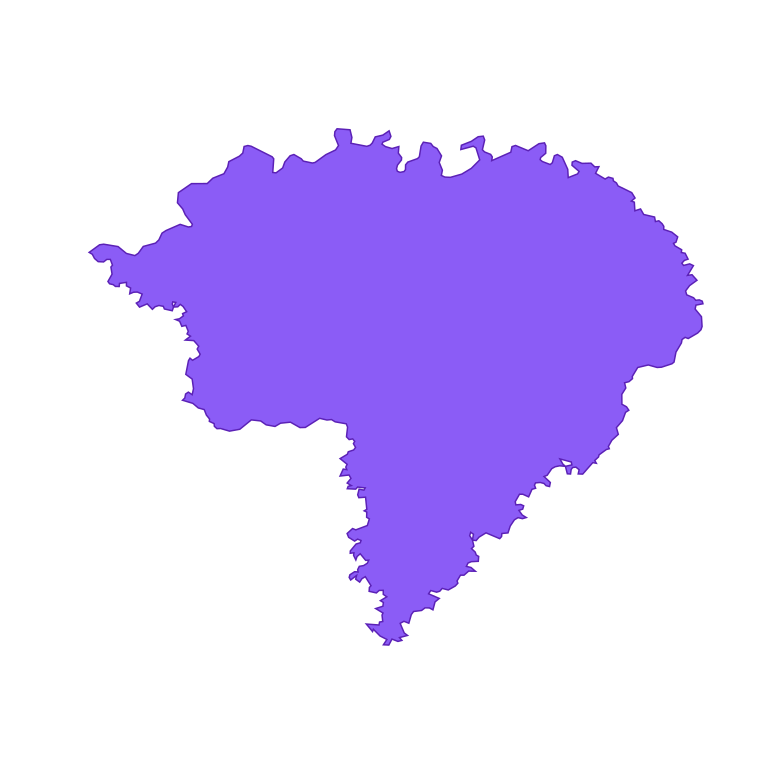 Ortigueira, Paraná, Brazil (Equal Earth projection), rotated 277°
{"feature_id": "56859067B19846476381832", "entity_name": "Ortigueira", "entity_type": "district", "adm_level": 2, "iso_a3": "BRA", "parent_name": "Brazil", "parent_adm1": "Paraná", "projection": "equal_earth", "projection_center": [-50.979, -24.105], "detail": "fine", "context": "isolated", "style": "filled", "palette": "violet", "viewbox_px": 768, "rotation_deg": 277, "n_neighbors": 0, "source": "geoboundaries", "source_scale": "gbopen_adm2", "svg_char_len": 6162}
<svg xmlns="http://www.w3.org/2000/svg" viewBox="0 0 768 768"><g transform="rotate(277 384 384)"><path d="M624.5,304.6L615.1,309.8L610.4,307.4L604.6,298.4L595.5,288.6L594.6,286.0L595.4,276.7L597.5,274.4L600.8,266.6L599.1,263.0L592.3,258.5L586.1,257.1L580.4,251.1L580.4,247.8L594.1,247.1L595.9,245.3L603.8,223.2L604.1,219.8L602.7,216.2L596.0,215.7L592.5,212.7L585.8,202.9L580.3,202.4L573.2,199.5L567.4,189.0L561.4,184.1L559.4,168.5L548.9,156.6L538.7,156.9L533.2,162.9L527.8,166.1L519.2,174.3L516.9,173.8L516.0,170.7L517.6,162.2L509.8,149.0L506.7,145.3L499.6,143.0L496.0,140.1L491.2,128.3L483.8,124.2L481.1,121.1L482.2,112.4L488.0,103.3L488.6,88.7L487.5,84.7L478.7,75.3L477.2,78.7L473.3,81.4L470.6,85.4L471.0,90.8L473.9,93.7L474.3,97.2L468.9,100.0L466.8,98.7L459.9,100.7L452.1,97.5L450.0,99.4L449.6,103.2L448.1,105.5L448.5,109.3L451.6,109.2L453.5,116.0L450.0,116.4L448.4,120.8L442.5,120.6L444.6,124.3L445.2,128.0L443.8,133.0L436.3,131.2L434.1,128.3L430.5,132.0L434.7,139.2L429.9,145.0L432.8,147.4L434.5,151.0L434.2,155.5L431.7,156.9L430.9,164.9L434.7,165.7L435.5,169.9L438.2,172.1L436.5,175.1L431.7,179.3L429.3,175.5L427.2,176.6L423.8,173.0L422.6,169.3L421.4,173.5L416.6,176.3L418.0,180.2L412.5,183.3L409.7,182.4L407.9,186.1L403.4,181.5L403.9,189.9L398.9,195.5L395.9,194.3L391.2,197.9L388.7,196.9L384.2,191.1L386.0,188.3L383.4,187.1L369.4,186.1L365.5,193.0L356.1,195.5L350.0,194.9L352.1,190.8L349.9,188.3L345.8,188.0L343.3,186.0L341.5,196.6L337.6,202.6L336.7,208.7L331.5,211.5L328.0,215.1L325.6,215.2L324.0,220.2L321.3,220.8L319.3,223.7L319.9,227.2L318.4,236.4L321.5,246.4L332.2,256.7L332.3,266.1L329.1,272.0L328.6,281.0L332.5,286.1L334.7,295.8L330.5,305.9L331.3,311.2L342.1,324.3L341.3,331.8L342.3,336.2L340.5,340.1L339.9,351.4L336.8,353.1L327.0,353.2L324.6,356.2L325.7,359.6L323.5,361.9L321.1,360.9L317.6,363.5L314.8,361.9L312.4,356.8L309.8,356.2L304.6,349.5L299.8,357.2L296.9,356.2L294.5,357.5L294.6,353.9L287.3,351.6L289.4,360.4L286.3,362.7L281.2,359.5L279.2,363.9L278.1,360.9L275.6,360.3L276.2,368.7L278.5,370.4L278.6,378.0L276.2,377.0L276.6,372.1L270.8,371.4L268.1,372.9L269.4,379.5L257.5,382.2L255.7,379.8L254.8,382.5L249.6,383.0L248.3,385.9L241.5,384.7L235.8,373.8L236.7,370.4L231.1,365.6L227.5,367.6L224.5,374.0L226.8,376.7L225.9,380.3L223.5,379.8L221.8,375.8L214.2,370.9L211.9,371.1L212.8,374.7L210.2,374.7L205.9,377.5L209.5,378.3L212.6,381.1L206.7,387.3L207.3,390.3L204.1,389.3L201.3,385.9L200.0,381.7L196.6,380.5L194.3,381.2L194.1,377.7L190.5,373.4L187.8,373.0L185.4,374.8L190.6,380.1L186.8,379.7L184.4,384.0L188.0,385.8L190.5,388.9L182.2,395.7L180.3,394.3L176.4,394.5L175.7,401.9L178.5,404.3L179.1,408.4L175.1,408.9L173.1,412.7L168.5,406.8L167.1,410.0L163.3,410.0L160.1,403.1L156.6,410.9L154.4,410.2L148.1,411.7L147.2,408.6L144.2,408.4L143.6,395.7L136.9,402.8L139.3,403.3L133.4,410.8L130.8,418.0L125.1,415.2L125.5,420.6L131.8,423.0L130.2,429.2L131.7,433.0L134.2,430.3L137.3,438.0L139.4,434.4L148.4,429.2L150.9,432.7L149.6,437.8L158.5,439.2L161.8,441.1L163.8,448.9L166.8,452.0L167.3,456.3L165.8,460.1L173.9,461.2L177.9,465.0L181.2,453.8L184.7,455.6L183.8,461.6L185.1,464.6L188.2,466.7L187.4,472.9L192.2,479.4L195.3,481.6L197.4,480.5L203.6,483.2L204.0,486.7L208.6,490.8L209.3,497.5L212.5,492.7L213.0,488.0L216.5,489.2L218.3,492.3L219.5,499.2L224.4,499.0L225.5,496.4L228.3,495.0L231.3,490.9L233.9,493.0L239.9,490.8L239.8,494.5L243.6,497.0L248.7,503.4L244.6,517.7L246.9,519.3L250.0,519.2L251.3,525.2L258.4,526.6L265.1,530.0L267.7,533.3L267.2,537.8L268.8,541.5L270.8,537.2L275.0,533.3L276.7,536.9L280.1,537.5L281.1,534.4L280.1,529.6L283.2,528.6L291.1,531.9L291.5,535.2L289.6,541.3L297.5,543.7L299.0,547.2L301.9,545.7L304.3,546.4L305.3,551.0L304.8,554.9L302.8,557.3L302.4,560.8L306.5,561.1L311.7,554.1L313.3,557.1L320.4,560.8L322.7,563.9L324.2,568.3L324.4,574.1L317.2,576.9L317.4,580.1L322.0,580.2L324.1,581.4L324.9,584.6L322.7,588.1L318.4,587.7L318.8,592.2L331.4,600.8L331.2,604.4L333.8,602.5L337.7,605.8L339.9,606.1L346.1,612.7L347.2,615.5L349.4,614.3L355.9,617.0L362.6,622.7L369.0,620.0L376.7,625.2L385.3,627.2L387.8,630.2L390.9,627.5L392.9,622.6L402.7,621.3L409.5,624.5L414.5,622.6L416.2,626.9L419.6,630.0L421.7,629.5L431.3,633.8L435.1,644.0L433.7,653.1L434.5,657.4L439.2,667.4L441.1,669.2L451.2,669.9L461.0,674.2L464.5,674.4L467.0,677.2L466.2,680.4L472.8,689.1L476.5,692.0L479.8,692.7L489.5,690.9L496.3,683.7L500.3,684.0L502.5,690.8L505.0,689.8L505.9,686.7L505.1,683.2L507.3,680.8L509.4,673.6L513.1,672.0L518.9,675.3L525.1,682.0L530.0,676.4L528.8,672.0L539.2,676.7L540.5,672.8L538.2,666.9L540.2,664.9L543.3,667.1L545.0,670.6L550.5,666.9L550.7,663.1L553.5,663.1L556.6,655.9L558.9,654.2L560.3,656.5L565.8,657.6L569.8,651.1L571.5,642.8L574.6,642.5L577.0,640.5L579.5,636.9L578.3,633.6L582.7,632.2L583.9,621.1L589.0,617.3L586.5,611.9L595.0,610.3L595.7,607.2L599.2,610.5L604.1,606.6L609.1,592.2L611.9,590.2L613.6,586.9L616.0,586.2L616.7,581.5L614.4,578.5L618.9,568.3L625.9,570.8L625.2,566.7L628.4,562.5L627.1,553.6L629.0,546.9L627.2,543.8L624.0,543.9L618.8,551.7L616.1,550.5L611.3,541.7L619.5,540.2L630.8,533.3L632.9,528.1L631.3,525.3L624.1,524.1L622.1,522.2L624.1,514.1L625.7,511.6L627.9,511.9L632.7,516.4L640.2,515.6L642.9,513.9L641.4,508.5L633.1,498.7L636.8,485.5L635.2,482.1L629.5,481.6L618.8,463.7L622.6,463.8L624.9,461.9L626.6,455.5L628.5,453.1L638.5,454.2L642.1,452.3L640.9,447.3L635.5,441.1L630.4,431.7L626.1,431.7L630.9,443.6L629.6,446.5L618.1,451.7L608.7,444.4L601.8,435.6L597.2,424.7L596.8,419.2L598.0,415.5L603.3,415.9L610.6,411.8L617.4,413.3L624.2,407.9L625.7,403.9L628.5,401.1L628.8,393.6L624.7,391.8L613.9,391.4L611.8,389.8L607.2,380.6L604.2,378.7L599.4,379.2L597.3,378.0L596.0,374.1L596.8,371.3L599.2,370.2L602.9,370.7L608.4,374.0L610.9,373.9L614.9,370.1L621.5,369.8L618.7,363.3L619.8,356.5L621.8,352.8L623.9,353.4L627.4,359.5L630.6,360.7L635.9,358.2L630.9,352.5L628.2,345.2L621.8,343.0L619.4,341.2L617.8,338.0L618.9,321.8L624.8,322.1L632.2,319.3L631.6,306.3L628.5,304.5L624.5,304.6ZM324.4,574.1L326.3,571.3L331.1,567.7L329.4,579.4L326.6,580.3L324.4,574.1ZM239.9,490.8L243.9,487.5L247.4,488.1L245.8,491.1L239.9,490.8ZM434.7,165.7L437.6,164.1L439.8,164.4L439.6,167.4L434.7,165.7Z" fill="#8b5cf6" stroke="#5b21b6" stroke-width="1.5"/></g></svg>